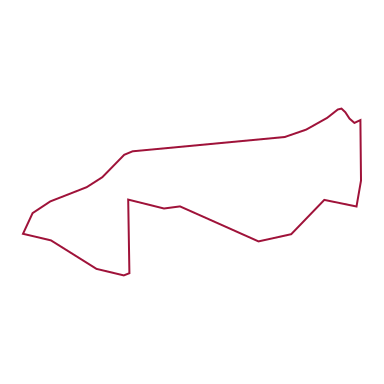 SVG path tracing the border of Yalova
{"feature_id": "TUR-5518", "entity_name": "Yalova", "entity_type": "Province", "adm_level": 1, "iso_a3": "TUR", "parent_name": "Turkey", "parent_adm1": "", "projection": "equal_earth", "projection_center": [29.141, 40.585], "detail": "fine", "context": "isolated", "style": "outline", "palette": "rose", "viewbox_px": 384, "rotation_deg": 0, "n_neighbors": 0, "source": "natural_earth", "source_scale": "10m", "svg_char_len": 469}
<svg xmlns="http://www.w3.org/2000/svg" viewBox="0 0 384 384"><path d="M129.4,273.2L123.8,275.4L96.5,268.9L51.0,240.4L23.0,233.8L32.6,213.1L50.3,201.4L86.8,187.1L102.3,177.2L124.2,154.8L132.6,151.3L284.7,137.0L306.2,129.6L327.1,117.9L337.8,109.5L341.5,108.6L345.3,112.2L349.5,118.6L354.4,122.9L360.4,120.1L361.0,180.6L356.5,206.5L324.3,199.9L291.2,234.2L258.5,241.4L180.0,206.4L164.0,208.5L128.2,199.6L129.4,273.2Z" fill="none" stroke="#9f1239" stroke-width="2"/></svg>